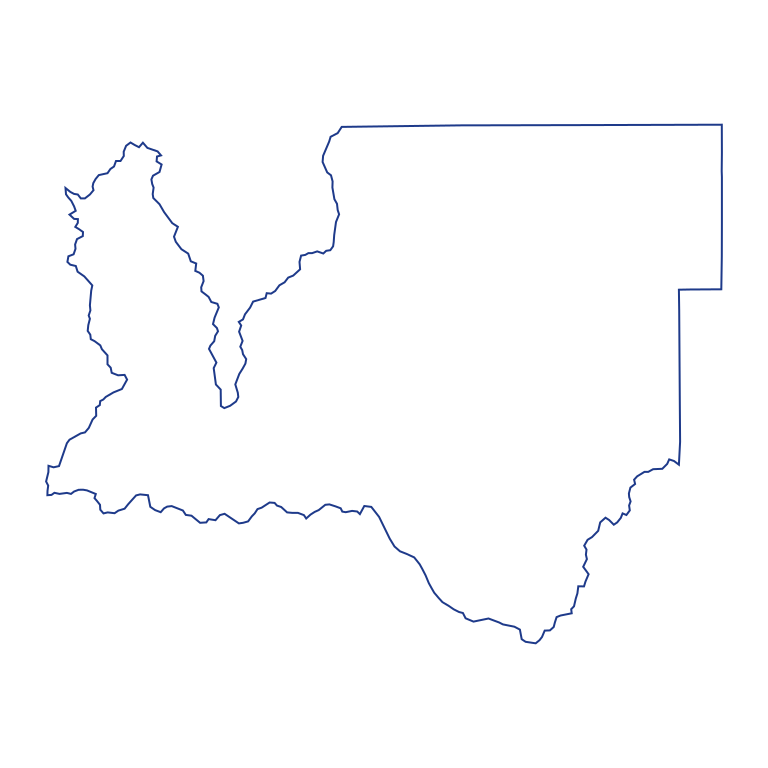 Presidente Médici, Rondônia, Brazil (Mercator projection)
{"feature_id": "56859067B10232029325302", "entity_name": "Presidente Médici", "entity_type": "district", "adm_level": 2, "iso_a3": "BRA", "parent_name": "Brazil", "parent_adm1": "Rondônia", "projection": "mercator", "projection_center": [-61.989, -11.194], "detail": "fine", "context": "isolated", "style": "outline", "palette": "blue", "viewbox_px": 768, "rotation_deg": 0, "n_neighbors": 0, "source": "geoboundaries", "source_scale": "gbopen_adm2", "svg_char_len": 4371}
<svg xmlns="http://www.w3.org/2000/svg" viewBox="0 0 768 768"><path d="M586.9,559.1L585.9,554.7L586.5,549.6L584.2,545.7L587.6,539.8L592.0,537.1L598.2,530.8L600.2,522.4L605.5,517.7L609.1,520.0L613.8,524.7L617.2,522.4L620.8,517.9L622.6,513.4L626.4,515.0L629.8,510.4L629.1,505.5L630.6,501.4L629.2,497.1L628.9,493.5L630.4,487.6L635.1,484.0L634.1,479.7L637.2,476.3L644.4,471.9L648.2,471.9L653.1,469.2L662.3,468.8L667.2,463.9L669.2,459.4L674.0,461.0L678.9,464.7L680.1,441.8L679.8,401.3L679.2,310.8L678.9,289.7L689.7,289.5L721.3,289.3L721.7,263.7L721.8,256.7L721.9,223.4L721.9,177.1L721.7,171.2L721.9,152.9L721.8,124.7L580.1,125.1L490.2,125.3L465.6,125.3L341.7,126.9L337.7,133.1L330.6,136.8L329.2,141.5L323.1,155.8L322.6,162.0L327.2,172.4L331.0,175.3L332.6,181.4L332.4,187.5L334.4,199.2L337.0,203.8L337.7,210.1L339.1,214.3L336.0,222.0L334.2,235.0L333.7,242.1L333.1,246.3L330.3,250.2L326.2,250.8L323.3,253.5L317.2,251.4L312.2,253.1L308.4,253.1L305.3,254.9L301.1,255.6L299.5,261.9L300.1,269.3L293.2,275.6L288.2,277.6L284.6,282.3L279.4,285.3L275.2,291.0L271.1,293.6L266.7,293.2L265.5,298.0L253.1,301.6L250.1,307.6L245.0,314.3L243.0,319.4L238.8,321.9L241.2,325.5L239.1,331.7L242.6,340.9L240.3,346.7L242.2,350.1L243.0,354.2L246.2,359.1L245.4,363.6L242.7,368.5L239.3,373.9L235.3,384.4L237.8,392.7L238.3,397.0L236.0,401.5L230.1,405.8L224.3,408.1L220.9,406.0L220.7,389.6L215.9,384.5L213.7,368.1L216.4,362.6L209.0,348.9L210.4,345.6L214.2,341.2L215.2,335.8L218.0,331.3L216.9,328.0L213.0,324.1L214.6,317.6L218.8,307.4L217.4,303.8L211.3,302.0L208.6,296.9L205.6,294.5L201.5,291.4L201.2,287.3L203.6,281.1L202.9,275.7L199.4,272.7L195.3,270.9L196.2,263.5L190.8,261.3L188.2,253.6L181.4,249.2L175.8,241.8L174.0,236.7L177.9,226.8L172.3,223.2L164.1,212.1L159.5,204.2L153.3,198.0L152.7,194.1L153.6,187.6L152.2,184.0L151.4,179.4L153.0,175.7L159.5,172.0L161.6,164.5L156.6,161.4L157.0,156.5L161.0,155.4L157.6,151.4L147.4,147.9L142.9,142.7L139.0,147.2L134.7,145.0L130.5,142.5L126.1,145.8L123.7,151.7L123.8,156.0L120.5,161.0L116.0,161.0L114.0,166.5L110.4,169.0L107.5,173.2L98.8,175.1L95.6,179.0L93.3,183.1L92.6,186.6L93.5,190.2L89.9,194.5L84.9,198.4L80.8,198.4L77.8,194.5L74.0,193.9L70.3,191.9L65.5,188.0L66.0,194.3L68.2,197.4L71.3,200.9L74.1,206.4L75.7,210.8L69.5,214.6L74.1,218.9L77.9,219.1L77.8,222.9L75.3,226.9L78.9,229.1L83.0,232.0L82.8,236.1L77.0,239.1L75.1,244.5L75.5,248.8L73.6,254.3L68.4,256.3L67.4,261.9L70.3,264.7L75.8,266.0L77.6,271.7L84.3,276.4L89.1,281.8L92.3,285.4L91.2,290.7L89.9,305.3L90.4,310.4L88.7,315.5L89.9,318.8L88.3,325.1L87.7,330.9L90.3,334.7L90.8,339.2L94.5,341.1L100.3,345.4L101.9,349.2L107.5,355.4L107.5,364.3L110.7,367.7L111.7,372.8L118.1,375.3L124.6,374.9L127.1,379.6L121.9,389.0L113.5,392.4L105.8,396.9L103.3,399.5L100.2,401.1L99.8,405.1L96.0,407.6L96.2,415.8L92.6,419.5L88.8,427.9L85.0,432.4L80.7,433.4L69.5,439.7L66.9,443.2L59.0,466.1L53.6,467.3L48.5,465.8L48.4,472.1L46.1,481.5L48.2,485.6L47.5,490.9L47.4,495.2L51.5,494.9L54.4,492.8L59.5,493.9L66.9,492.9L71.0,493.9L74.1,491.5L78.6,489.8L83.0,489.7L87.0,490.4L95.8,494.0L94.5,498.1L97.0,501.0L100.0,504.8L100.3,509.7L103.5,513.4L107.7,512.4L114.6,513.2L118.4,510.6L124.6,508.7L128.2,504.2L132.5,499.4L136.1,495.4L140.1,494.4L148.0,495.2L150.3,506.8L155.1,510.1L160.7,512.2L164.0,508.4L167.2,506.6L171.7,506.1L182.9,510.5L185.8,514.9L191.5,515.7L195.0,518.6L200.1,522.8L206.3,522.4L208.6,519.1L215.5,520.2L219.9,515.1L224.6,513.8L238.9,523.4L243.1,522.8L248.1,521.4L251.8,516.4L254.7,513.4L257.5,509.1L261.6,507.7L269.6,502.5L274.6,502.9L277.0,505.6L281.2,507.0L287.1,512.4L292.6,512.9L298.0,512.9L303.9,515.1L306.2,518.5L310.5,514.6L314.7,511.9L318.7,510.1L325.3,504.8L329.4,504.4L335.6,506.4L340.7,508.3L342.3,511.6L345.7,512.2L352.1,510.9L357.2,511.5L359.9,514.1L364.3,506.0L371.3,506.9L379.1,516.9L389.7,538.6L394.5,546.5L400.0,551.3L406.6,553.9L414.2,557.4L419.7,564.3L422.3,569.0L425.6,575.4L428.8,583.1L431.9,588.7L434.2,592.7L438.6,597.9L442.5,602.2L448.6,605.8L453.7,609.3L459.0,612.0L462.9,613.0L465.6,618.3L473.5,621.6L488.5,618.5L499.2,622.5L502.9,624.4L514.4,626.7L519.9,629.6L521.7,639.2L525.6,641.8L531.5,642.7L535.7,643.3L539.5,640.2L542.0,637.0L544.7,630.6L549.9,630.4L553.7,627.0L554.9,622.4L556.6,617.1L560.6,615.5L571.7,613.3L571.2,609.2L574.0,606.3L575.8,598.5L577.4,593.4L578.3,586.3L584.0,586.4L585.5,581.5L588.6,574.2L583.2,566.8L586.9,559.1Z" fill="none" stroke="#1e3a8a" stroke-width="2"/></svg>